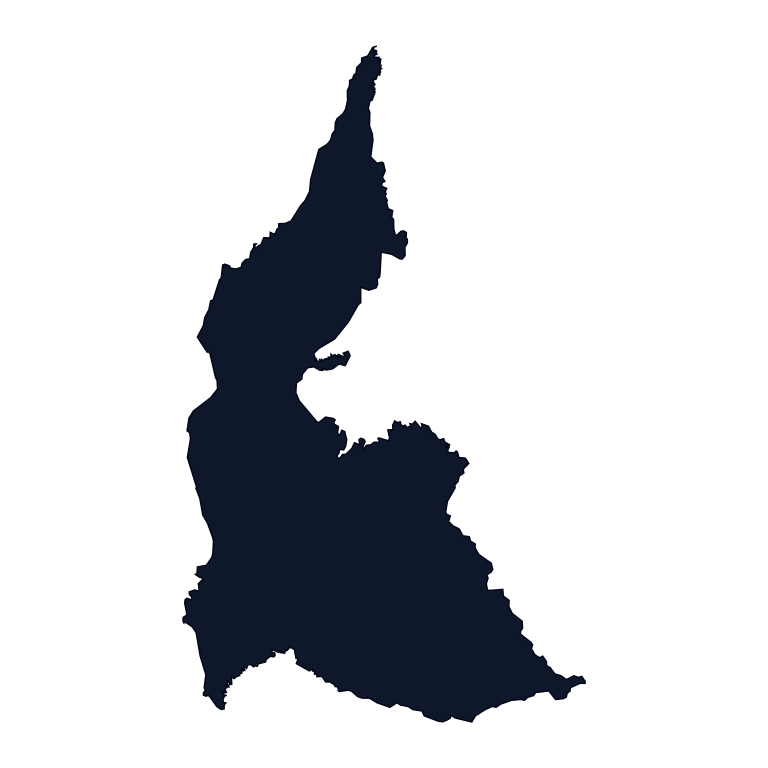 Mamuju Utara, Sulawesi Barat, Indonesia (Albers equal-area conic projection)
{"feature_id": "22746128B5634485200629", "entity_name": "Mamuju Utara", "entity_type": "district", "adm_level": 2, "iso_a3": "IDN", "parent_name": "Indonesia", "parent_adm1": "Sulawesi Barat", "projection": "albers", "projection_center": [119.556, -1.342], "detail": "fine", "context": "isolated", "style": "filled", "palette": "ink", "viewbox_px": 768, "rotation_deg": 0, "n_neighbors": 0, "source": "geoboundaries", "source_scale": "gbopen_adm2", "svg_char_len": 6089}
<svg xmlns="http://www.w3.org/2000/svg" viewBox="0 0 768 768"><path d="M374.3,51.5L373.4,47.4L376.8,46.1L372.7,47.4L367.7,56.0L361.7,58.1L361.6,62.7L356.8,67.5L356.0,73.2L353.8,75.1L352.6,79.0L349.7,80.4L349.4,86.2L347.4,90.5L347.5,100.7L345.7,109.0L343.1,113.6L337.0,118.8L335.4,122.7L335.0,130.3L332.2,134.0L330.6,140.2L326.8,144.6L318.9,149.4L310.7,179.5L309.6,191.4L305.0,200.8L300.8,205.4L291.0,221.0L285.3,223.5L278.8,223.7L278.9,227.7L276.8,229.4L275.7,232.9L273.9,234.1L270.3,232.4L270.0,238.0L263.9,237.6L260.9,244.7L258.5,245.8L259.1,246.9L257.6,246.4L255.8,248.4L254.5,246.0L256.2,243.9L253.9,244.0L253.7,247.4L250.6,252.7L249.8,258.8L245.6,259.6L242.2,263.1L241.2,267.3L235.8,269.1L230.5,268.1L229.4,265.9L224.9,264.2L222.7,265.0L221.4,276.7L220.4,280.0L219.8,279.2L220.8,281.8L219.5,280.0L213.1,300.0L210.6,300.9L208.9,309.7L204.8,317.5L203.4,325.5L197.4,337.1L207.2,352.2L208.2,351.5L210.0,353.7L215.5,377.3L217.1,380.4L217.6,388.9L210.7,397.7L193.5,410.9L189.0,418.1L187.1,430.8L189.7,432.7L190.5,438.8L187.4,457.5L196.7,487.4L195.9,488.1L199.9,498.6L202.8,515.0L207.5,523.1L212.7,537.5L213.5,541.4L212.9,553.0L211.9,557.3L206.4,565.3L197.4,567.0L197.0,573.5L195.4,574.4L199.9,577.5L201.7,577.3L202.6,579.6L198.4,583.6L199.1,590.1L197.9,591.0L194.7,590.0L189.2,591.9L189.5,594.6L191.8,597.2L191.7,600.0L187.0,598.3L185.2,599.5L184.7,603.1L187.0,614.9L183.2,617.4L182.9,620.3L183.8,622.9L185.8,622.4L192.4,626.9L196.2,632.7L200.2,656.1L205.9,674.7L204.2,687.7L205.3,690.3L203.4,693.0L203.5,695.2L206.4,696.2L207.9,695.2L209.6,696.4L216.7,706.4L221.2,709.5L224.1,708.9L224.2,704.9L225.8,703.0L223.7,702.7L222.9,700.1L224.3,696.1L226.6,695.3L223.8,695.0L222.7,691.6L224.5,692.9L226.4,692.3L224.7,688.5L226.7,687.7L225.0,685.4L226.0,684.7L227.4,686.8L228.9,686.9L227.4,684.4L227.5,680.8L229.5,682.8L229.5,684.7L231.7,684.2L231.4,676.9L234.3,678.6L236.2,676.6L239.7,675.5L239.6,674.0L241.8,673.0L241.4,669.4L242.5,669.1L243.2,670.9L244.9,670.1L243.5,667.7L244.3,666.9L246.6,668.4L247.9,664.6L251.0,664.7L253.5,666.8L255.2,665.7L257.3,666.3L258.2,663.8L265.5,662.0L266.2,659.4L270.2,656.3L273.8,656.8L275.0,655.6L274.7,652.8L272.9,652.8L271.3,651.0L272.8,649.8L278.8,652.5L280.6,651.0L280.6,652.6L284.7,653.2L285.3,650.3L286.7,650.7L290.1,647.2L294.4,649.5L296.0,658.3L298.2,658.7L296.4,663.6L309.4,670.9L311.5,669.0L312.5,671.0L314.4,671.2L314.6,674.2L316.9,674.2L316.8,676.6L322.1,676.5L325.6,681.9L329.7,681.9L334.4,684.7L335.1,686.5L338.3,687.0L337.8,688.0L339.1,689.2L338.1,690.3L339.2,691.5L347.9,690.2L351.4,691.0L357.8,696.6L362.3,698.1L369.4,698.1L376.9,702.7L389.9,707.3L396.9,702.7L400.5,705.0L408.4,706.6L412.7,709.5L422.0,711.0L424.2,715.8L438.0,721.1L442.7,721.8L446.5,720.3L450.3,718.1L450.6,715.2L455.7,718.1L471.8,721.9L475.4,715.8L485.2,709.6L492.2,706.4L496.1,707.2L500.7,704.1L511.4,700.3L521.3,699.4L524.4,700.3L528.0,697.2L533.4,695.6L535.7,692.5L548.8,690.9L555.6,699.5L563.3,698.6L566.3,697.1L567.1,693.3L570.1,690.9L570.1,688.6L571.6,687.1L580.2,683.3L585.1,683.3L585.1,681.3L581.7,676.4L578.4,677.5L573.9,675.8L566.4,679.6L560.9,675.7L554.9,674.0L550.2,667.7L546.5,665.6L546.5,661.7L542.7,656.2L539.6,657.8L534.9,654.8L531.4,648.7L532.6,644.8L531.1,642.5L520.5,634.2L520.5,631.2L522.5,628.3L522.2,621.3L512.2,613.4L508.8,606.6L509.1,600.3L503.3,596.1L502.8,589.4L488.7,590.5L487.3,589.5L486.3,583.7L488.0,578.2L486.8,575.0L491.2,571.9L492.7,569.3L491.2,563.2L478.8,554.5L475.0,547.8L475.2,544.0L470.6,541.2L469.2,536.7L462.9,535.8L459.1,528.9L453.2,526.0L448.6,521.6L450.3,515.9L446.9,514.5L445.6,512.4L447.4,501.3L455.1,487.9L454.8,485.0L458.0,481.5L459.2,476.1L463.8,473.0L463.3,469.1L468.7,463.4L465.3,458.1L458.9,457.6L457.5,452.2L456.1,451.0L454.7,452.7L448.6,452.5L447.5,450.8L449.0,447.4L445.1,446.7L449.0,446.1L449.5,444.8L444.9,442.1L443.6,438.7L440.0,439.8L437.8,439.0L435.2,434.5L431.6,432.2L428.4,426.2L421.5,423.8L422.3,426.7L420.5,427.9L415.1,421.3L412.6,424.2L409.9,423.7L410.8,426.0L406.9,427.5L405.2,425.1L403.2,426.0L401.2,425.2L400.2,421.8L397.2,422.7L394.8,420.9L392.7,425.1L392.9,429.7L387.9,429.9L389.6,437.9L388.5,440.8L378.8,437.9L377.9,438.7L379.2,440.4L379.0,442.5L374.2,442.2L370.7,444.9L366.5,445.3L363.8,448.8L362.7,447.3L365.1,441.5L363.9,439.4L360.7,438.2L359.0,439.7L359.6,445.0L354.5,442.7L351.9,448.4L345.9,454.3L342.6,454.5L339.9,458.2L337.6,458.0L337.1,455.7L339.1,452.7L339.2,449.4L343.7,449.9L345.6,446.2L346.7,439.6L344.7,431.5L341.8,430.3L340.2,434.3L338.4,434.9L337.5,432.3L338.4,426.6L334.2,424.2L333.8,422.5L335.1,419.9L333.4,418.5L325.5,417.1L319.2,422.3L317.2,422.2L299.2,400.8L295.8,392.7L296.4,383.0L301.8,379.0L302.3,374.2L307.6,367.8L313.7,366.8L319.6,370.1L322.6,370.4L324.5,369.2L326.4,370.0L332.6,368.8L339.1,364.0L345.2,365.6L350.1,355.6L348.1,351.3L343.2,353.2L344.8,355.5L343.5,356.8L341.2,355.7L339.2,357.0L340.1,355.3L338.5,354.4L336.4,356.5L335.4,354.8L331.9,355.5L331.0,354.4L331.0,357.2L328.3,357.2L328.8,359.1L326.8,358.5L323.9,359.5L323.3,360.8L321.4,359.3L321.0,361.0L319.6,359.7L319.5,361.6L317.1,361.2L316.6,359.7L316.1,361.4L314.8,360.6L315.5,359.2L313.7,353.6L318.7,348.5L334.5,339.1L348.3,322.0L358.0,305.1L360.7,302.6L360.7,287.3L368.9,290.2L376.1,287.8L377.6,284.3L377.2,278.7L379.4,277.3L380.0,274.0L381.2,252.1L391.8,254.3L400.2,259.0L402.3,259.0L405.1,255.6L404.9,247.0L407.4,242.9L407.3,239.1L406.0,238.2L406.4,232.6L403.9,231.0L401.2,231.2L396.6,235.4L395.4,235.3L393.7,228.8L393.6,219.7L391.6,217.0L392.7,210.7L388.2,208.8L386.5,202.0L387.3,200.5L385.1,196.3L386.2,193.7L385.0,192.2L386.7,188.4L382.3,186.6L381.4,184.5L382.5,182.4L384.8,181.4L382.4,177.4L385.2,170.9L383.4,163.2L382.0,162.2L376.9,163.2L370.7,157.0L372.9,140.1L372.3,133.9L369.5,126.0L369.8,112.3L368.2,108.3L370.0,100.8L372.0,100.3L375.1,92.0L374.0,90.2L375.0,89.4L374.5,87.9L372.5,86.8L375.0,84.5L373.1,81.8L374.2,79.0L375.9,79.4L377.7,74.5L379.5,75.1L380.5,71.7L379.8,69.9L381.6,68.4L380.2,67.4L381.1,65.4L379.9,65.1L380.8,59.1L379.4,58.8L378.3,60.8L377.2,59.5L378.9,57.4L374.5,57.3L374.5,55.2L377.0,54.2L376.0,52.2L376.7,51.2L375.9,50.3L374.3,51.5Z" fill="#0f172a" stroke="#020617" stroke-width="1.5"/></svg>